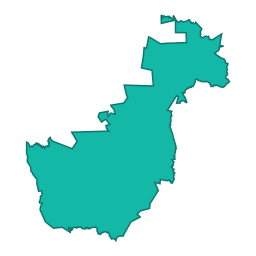 the district of Temósachic, Chihuahua, Mexico
{"feature_id": "50627088B70211463313173", "entity_name": "Temósachic", "entity_type": "district", "adm_level": 2, "iso_a3": "MEX", "parent_name": "Mexico", "parent_adm1": "Chihuahua", "projection": "robinson", "projection_center": [-108.063, 28.777], "detail": "fine", "context": "isolated", "style": "filled", "palette": "teal", "viewbox_px": 256, "rotation_deg": 0, "n_neighbors": 0, "source": "geoboundaries", "source_scale": "gbopen_adm2", "svg_char_len": 5769}
<svg xmlns="http://www.w3.org/2000/svg" viewBox="0 0 256 256"><path d="M160.6,15.6L161.2,15.6L161.3,23.4L175.5,20.1L175.5,32.6L186.1,32.7L186.5,42.6L166.6,43.3L160.5,43.8L152.1,38.7L148.6,36.9L147.5,43.4L146.3,48.2L144.1,47.7L143.2,58.0L141.4,67.9L152.0,70.3L153.4,86.0L124.2,85.1L126.6,95.4L127.7,97.3L123.8,103.1L110.8,105.2L111.2,106.2L114.4,110.1L114.3,111.0L115.5,114.1L110.8,113.1L110.1,113.4L108.3,116.5L107.5,113.8L108.2,111.3L99.5,112.9L98.1,116.7L101.5,122.1L105.8,119.2L109.7,124.3L105.9,125.7L106.7,128.7L108.8,131.1L71.7,132.2L77.1,141.3L72.1,148.9L71.9,148.6L52.7,141.2L50.4,138.8L50.1,137.5L48.6,139.0L48.5,140.0L48.0,140.7L48.2,141.0L48.1,141.7L48.9,142.1L49.6,142.8L48.9,143.2L48.5,143.7L49.0,144.3L48.8,146.4L48.0,146.6L47.5,145.8L47.2,145.7L46.8,146.4L45.8,146.4L45.4,146.9L44.9,146.8L44.5,147.3L44.5,147.9L43.6,146.6L43.5,146.9L43.0,146.9L42.8,147.3L42.6,146.9L42.3,146.9L41.9,146.5L41.8,147.3L41.2,147.3L41.4,146.3L41.1,146.6L40.9,146.5L40.8,145.8L40.4,145.2L40.2,145.1L39.7,145.5L39.5,144.7L39.2,144.9L38.4,145.0L38.5,144.0L38.0,144.3L37.5,143.5L36.8,143.4L36.6,143.0L36.0,143.4L35.9,144.2L36.1,144.5L35.8,144.5L35.6,144.1L34.3,144.6L33.7,145.1L33.7,145.5L33.1,145.7L32.6,146.8L31.4,146.1L30.8,146.4L30.0,147.0L28.4,143.1L26.6,142.2L26.6,153.9L27.6,155.9L27.3,161.8L30.4,166.4L31.0,171.4L32.2,172.3L33.0,174.5L37.0,179.4L36.9,183.6L38.6,191.3L40.7,190.8L41.7,190.8L41.7,192.7L42.3,194.2L41.4,195.7L41.1,195.7L40.5,196.3L40.3,197.0L40.6,197.8L40.5,199.0L40.1,199.5L39.9,200.8L39.2,202.1L39.7,203.0L42.4,203.3L41.5,204.5L40.5,206.8L40.1,209.9L45.4,221.8L53.4,228.2L62.2,227.3L70.2,232.3L70.3,231.4L70.1,231.0L70.3,230.7L69.6,229.4L68.9,229.0L68.4,228.3L68.6,227.6L70.9,227.8L70.9,228.5L71.4,229.6L71.3,230.0L71.6,230.3L72.6,229.1L72.5,228.7L73.0,227.9L73.6,227.4L74.6,227.6L75.8,227.2L76.8,228.1L78.2,227.0L79.6,227.4L80.9,226.9L81.5,227.9L82.3,228.5L83.1,228.6L84.4,229.1L84.8,228.7L84.9,228.8L85.3,228.7L85.6,227.9L86.1,228.1L86.4,227.9L86.9,228.4L87.4,227.4L88.1,227.5L88.3,228.0L88.6,228.1L88.6,228.7L89.5,228.7L89.8,228.4L90.5,228.5L90.9,227.9L91.9,227.5L94.5,227.3L95.3,227.0L95.8,227.5L96.5,227.6L97.2,228.8L97.1,230.0L97.4,230.6L97.2,230.8L97.4,230.9L97.3,231.6L97.9,232.7L97.9,233.1L98.2,233.5L98.5,233.2L99.2,234.3L100.6,234.3L101.0,233.7L101.8,233.1L101.8,232.6L102.2,232.3L103.5,232.3L104.8,231.7L106.6,232.0L107.1,232.7L107.8,232.3L108.0,232.9L108.3,233.0L108.6,232.8L108.8,233.2L109.5,234.0L109.6,234.5L109.2,235.2L109.3,235.8L109.6,236.0L109.8,236.5L110.3,236.9L111.5,239.0L113.1,238.4L113.3,238.2L113.1,238.7L114.6,239.0L115.9,240.6L116.2,239.1L116.5,238.7L116.8,237.4L118.0,236.8L118.5,236.1L123.4,236.0L123.7,234.6L131.0,221.8L140.2,217.0L137.1,214.2L140.4,210.9L149.6,208.4L149.9,203.7L158.3,190.6L154.9,182.4L160.0,183.7L160.4,179.4L164.9,180.4L167.8,180.7L168.6,180.0L168.8,180.3L169.3,180.3L169.5,180.7L169.9,180.7L170.1,181.2L170.4,181.2L170.8,182.0L170.7,182.5L171.2,182.4L171.5,183.0L172.3,183.1L172.9,181.9L173.0,181.3L174.1,179.6L174.0,179.4L174.2,178.7L173.8,178.1L173.6,176.7L174.1,175.6L173.4,174.1L174.1,173.6L174.7,173.6L174.8,172.9L174.0,172.5L173.5,171.6L172.6,171.7L173.2,171.4L172.9,170.8L173.0,170.4L173.6,170.2L174.1,169.7L173.7,169.0L173.1,169.1L172.3,167.6L171.4,167.3L171.8,166.5L171.5,166.3L171.6,166.2L172.2,165.9L172.7,166.1L172.8,165.9L172.7,165.6L172.9,165.1L173.1,165.1L173.0,164.8L173.5,163.0L174.0,162.0L171.9,159.7L175.1,159.0L173.9,156.5L174.8,156.5L174.6,153.7L175.2,152.9L175.7,148.8L176.1,148.7L175.8,148.4L176.0,146.6L173.9,139.4L173.7,139.3L172.7,134.5L169.7,125.9L170.0,125.8L170.1,125.2L170.6,125.2L170.7,124.9L170.2,124.1L171.0,121.0L170.7,116.8L171.9,115.9L171.2,113.9L171.2,113.3L170.7,113.0L171.8,111.3L167.4,110.3L176.5,95.8L178.4,96.4L176.6,103.2L180.0,103.1L180.3,101.9L181.6,101.0L182.2,101.0L182.5,100.5L184.0,100.8L184.7,101.7L186.4,102.6L186.8,102.3L185.2,97.7L183.3,95.1L182.0,92.1L182.3,92.5L183.6,92.8L183.7,93.1L184.1,92.8L184.7,93.0L185.4,90.1L186.4,89.1L187.2,89.0L187.6,88.7L187.2,88.6L187.5,88.2L187.9,88.3L189.0,87.9L189.0,87.5L190.1,87.5L190.1,87.2L191.2,87.3L191.3,86.3L193.0,86.6L195.0,82.6L195.6,79.5L196.0,79.2L198.0,79.8L198.1,80.3L198.7,80.7L199.4,80.7L199.7,80.5L200.8,81.3L201.9,81.4L202.1,81.7L204.4,81.6L204.9,81.8L205.6,81.5L207.6,81.8L209.5,82.9L209.7,83.7L210.7,84.8L211.0,86.5L213.2,86.4L213.5,85.7L214.2,85.2L215.2,85.6L216.1,85.1L218.5,85.9L219.6,86.5L220.5,86.5L221.0,87.0L222.9,87.4L224.7,86.3L227.2,83.2L227.7,82.9L228.1,83.0L228.2,82.7L229.4,81.5L229.0,81.3L228.8,80.6L227.9,79.3L226.1,78.5L225.8,77.9L225.8,76.0L226.1,75.6L227.1,75.2L227.6,73.8L227.3,73.0L226.5,72.0L227.3,69.4L226.6,67.0L227.0,65.9L227.7,65.1L227.9,63.5L225.6,63.0L225.3,62.5L225.3,61.3L225.0,60.5L224.4,59.4L222.7,58.4L221.2,58.2L219.4,56.6L219.0,56.9L218.6,56.7L218.0,55.8L216.8,55.3L216.5,54.8L215.5,54.2L214.7,53.2L214.9,52.9L215.8,52.8L216.3,51.7L218.4,50.7L219.3,48.8L218.9,47.2L219.1,46.9L219.9,46.8L220.3,47.0L223.6,46.1L219.7,45.3L221.7,33.9L212.6,39.7L209.4,39.5L209.4,38.5L208.6,36.7L208.4,37.1L208.1,37.0L206.4,36.2L204.1,36.6L203.6,37.5L202.2,37.8L200.5,36.5L200.1,35.8L200.4,34.9L200.8,34.6L200.3,33.7L200.6,32.9L200.3,31.6L201.5,29.8L201.7,28.7L195.8,22.4L195.6,23.4L194.6,23.7L193.6,23.3L193.3,22.8L191.3,23.3L191.2,22.9L191.5,22.5L189.9,21.4L189.6,20.6L189.7,20.0L188.7,19.7L187.8,20.7L183.3,22.0L181.5,20.9L180.2,20.9L179.9,21.5L178.5,22.3L177.4,21.8L177.0,20.9L176.5,20.8L175.8,20.2L175.7,19.1L174.3,17.1L174.1,16.4L173.6,15.9L173.1,16.4L173.6,17.1L173.5,18.6L173.1,18.8L172.9,19.6L172.6,19.7L172.4,18.8L170.5,17.3L170.0,17.3L169.1,16.3L168.4,16.4L169.0,17.6L168.8,17.7L167.7,16.4L165.4,16.9L165.1,16.8L164.2,15.9L163.3,16.0L163.0,16.4L162.8,17.5L163.0,19.0L162.3,17.5L162.2,16.0L161.9,15.4L160.6,15.6Z" fill="#14b8a6" stroke="#0f766e" stroke-width="1.5"/></svg>